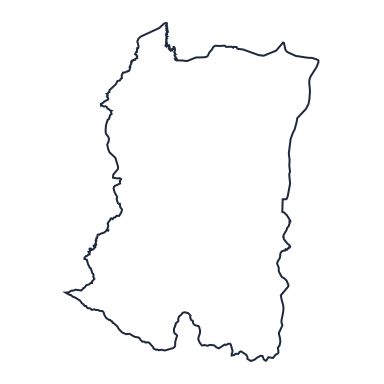 the district of Khon Buri, Nakhon Ratchasima, Thailand
{"feature_id": "78962969B59767339718712", "entity_name": "Khon Buri", "entity_type": "district", "adm_level": 2, "iso_a3": "THA", "parent_name": "Thailand", "parent_adm1": "Nakhon Ratchasima", "projection": "natural_earth1", "projection_center": [102.149, 14.385], "detail": "fine", "context": "isolated", "style": "outline", "palette": "slate", "viewbox_px": 384, "rotation_deg": 0, "n_neighbors": 0, "source": "geoboundaries", "source_scale": "gbopen_adm2", "svg_char_len": 5876}
<svg xmlns="http://www.w3.org/2000/svg" viewBox="0 0 384 384"><path d="M159.3,28.0L140.5,36.7L138.4,38.8L137.3,41.5L138.5,45.7L138.4,47.6L138.1,48.3L137.2,48.2L136.8,52.0L136.2,52.0L135.1,54.2L136.4,54.9L136.8,56.2L137.2,56.3L137.1,58.2L135.4,58.7L135.0,59.9L133.4,59.9L132.9,60.7L132.1,60.7L131.9,61.5L131.3,61.5L131.1,62.3L131.5,62.9L130.0,66.3L130.3,66.9L129.7,67.3L130.0,67.7L129.7,69.7L128.7,71.1L127.6,71.2L127.3,71.6L126.7,71.5L124.8,72.5L123.0,72.5L121.7,75.3L121.9,78.2L120.8,78.7L119.9,80.5L117.5,81.0L115.8,84.3L109.5,90.1L109.4,92.0L108.6,92.2L107.8,93.5L106.7,93.9L107.7,95.1L107.7,95.6L107.0,96.2L107.5,96.7L107.4,97.5L108.2,98.2L108.2,99.5L104.0,101.7L103.4,102.6L100.8,104.0L101.1,105.7L101.7,105.3L103.7,106.5L105.6,106.3L106.7,107.0L107.5,108.6L108.3,108.7L109.9,110.3L111.5,110.8L111.0,111.1L111.0,112.2L111.6,114.0L110.3,114.9L108.9,119.2L107.7,119.7L106.0,125.2L105.6,130.1L105.7,132.5L106.2,134.1L108.1,136.5L108.9,138.3L108.7,141.2L107.2,144.6L108.3,149.5L109.5,152.3L115.4,157.9L118.1,166.9L118.0,168.6L117.5,169.6L113.3,174.6L113.0,177.7L117.0,178.4L119.7,178.2L121.1,179.1L119.8,181.0L120.1,183.5L114.7,186.0L113.9,187.0L113.6,188.5L114.6,192.3L116.9,196.4L117.2,197.7L116.6,198.8L117.8,202.9L118.6,203.8L119.8,203.7L120.3,207.3L121.9,209.2L122.0,209.8L121.4,212.0L119.2,215.9L116.5,215.8L115.5,217.2L114.0,217.5L112.7,219.1L111.5,218.3L110.5,218.7L110.2,220.1L108.6,221.7L107.6,223.7L108.1,224.7L108.2,226.5L107.3,229.0L108.4,230.1L108.2,230.6L106.4,230.3L105.8,231.3L103.9,232.7L100.6,233.7L99.4,234.6L98.1,234.5L97.6,234.9L97.2,237.6L96.5,237.7L96.6,238.7L95.9,239.5L96.3,240.4L95.7,240.9L96.1,241.7L95.4,243.8L96.1,244.2L96.2,244.8L95.4,245.4L94.3,245.3L93.6,245.9L94.0,246.4L95.2,246.4L95.3,247.3L94.2,247.9L93.9,248.7L93.0,249.5L91.8,249.4L90.6,248.5L89.6,248.7L89.7,249.4L91.0,249.7L91.1,250.1L89.9,250.4L90.0,251.7L88.6,251.8L89.6,253.6L89.5,254.5L88.2,254.6L87.4,255.7L85.7,256.3L84.4,258.0L84.4,258.9L86.8,259.7L88.1,264.3L89.9,267.9L90.8,268.4L92.4,273.3L93.2,273.9L93.6,275.2L93.3,276.8L94.4,278.9L91.9,281.6L92.0,283.0L90.8,282.9L89.0,284.4L86.3,285.2L84.5,287.7L83.4,288.0L82.7,289.2L81.1,290.5L75.4,289.7L73.8,290.5L71.3,290.7L68.7,292.4L65.6,292.6L69.5,294.8L71.0,295.0L72.6,296.6L75.5,297.7L80.2,300.8L82.0,303.4L83.4,304.2L84.5,305.9L86.1,306.0L86.7,307.2L87.8,308.2L90.0,308.3L92.0,309.9L94.3,309.3L95.8,310.0L97.8,310.0L99.7,310.8L102.6,311.2L103.6,312.3L104.4,315.0L106.2,318.0L109.0,319.9L110.1,319.9L111.0,321.0L112.3,321.5L112.6,322.8L113.6,323.1L117.1,326.1L118.8,329.0L122.0,332.4L126.1,334.2L129.5,333.8L134.6,336.8L138.6,337.5L139.8,338.5L140.5,339.9L142.5,341.7L144.3,341.7L145.6,342.6L147.4,342.2L149.1,342.7L153.2,347.2L153.6,348.6L155.7,349.7L157.3,349.5L158.6,350.2L161.6,349.7L163.7,350.3L165.6,350.3L173.3,348.0L174.6,346.9L175.1,345.9L175.3,341.5L177.1,335.6L176.7,334.9L174.6,333.4L173.9,331.2L174.1,328.2L175.2,326.3L175.1,325.4L175.8,324.4L175.7,323.4L178.3,321.2L178.2,319.1L178.9,316.6L180.8,315.1L182.8,312.7L185.1,312.3L188.1,313.1L190.5,315.6L190.2,317.3L191.0,319.8L192.8,320.9L193.0,322.9L194.0,324.5L195.5,325.4L198.3,326.0L199.1,326.8L200.1,330.8L199.9,333.4L198.5,337.3L198.3,339.3L199.7,342.7L201.9,345.4L203.0,345.5L204.3,345.0L207.6,345.8L209.8,344.9L214.1,345.3L216.5,347.4L218.9,348.3L224.6,344.6L226.2,344.9L228.4,343.8L229.9,343.7L230.7,344.4L232.5,350.6L232.3,352.7L231.7,353.7L231.7,355.5L234.2,355.0L235.6,353.8L238.3,353.9L239.7,351.9L241.0,351.4L246.3,354.8L247.4,356.9L247.4,358.9L250.9,361.0L254.7,359.6L256.7,357.9L260.5,355.8L262.5,356.0L263.8,359.4L265.6,360.7L266.4,360.4L268.4,357.2L273.0,358.0L275.7,354.6L277.8,353.6L278.5,352.4L277.9,347.7L279.5,345.6L280.3,342.1L280.1,338.6L279.0,334.3L279.0,332.7L282.4,325.4L281.5,322.5L281.5,320.3L283.1,312.4L283.5,308.2L283.1,304.9L281.7,300.0L280.8,295.4L288.1,286.7L288.5,285.2L286.5,280.5L284.3,278.4L281.8,277.0L279.3,272.4L278.8,271.1L278.7,267.5L277.1,263.6L277.6,261.7L279.9,257.9L280.4,253.4L281.6,251.5L283.9,250.5L285.2,250.5L285.5,249.6L286.0,249.7L286.1,249.2L287.3,249.6L288.3,248.0L288.8,248.0L289.0,247.4L289.5,247.6L290.2,246.7L289.5,245.2L287.5,243.7L284.3,239.7L283.7,238.7L283.7,237.2L283.3,237.0L283.7,234.8L286.6,229.9L287.1,228.0L288.8,226.0L289.1,224.3L289.6,223.7L289.5,221.6L290.2,221.7L290.5,221.2L287.1,215.5L284.3,212.6L282.3,211.9L282.7,199.3L286.3,199.2L286.9,198.4L287.8,195.9L290.1,183.5L289.2,174.5L290.0,171.5L289.3,165.8L289.6,159.7L288.8,153.6L290.6,139.1L292.8,133.0L294.6,129.5L296.5,122.6L297.3,118.1L306.0,108.9L308.5,103.9L309.4,99.3L310.0,90.8L309.2,82.6L309.5,79.4L310.5,76.6L316.6,67.0L318.4,62.4L318.4,60.4L316.5,59.3L311.9,57.9L308.0,57.8L295.7,55.9L288.0,52.4L286.6,51.4L285.4,49.6L283.9,42.9L283.1,42.5L276.2,50.6L263.7,55.7L259.0,55.2L243.1,49.5L237.5,48.8L236.5,47.0L233.4,46.9L233.2,47.6L231.3,46.7L226.1,46.9L224.8,45.7L219.0,46.0L216.0,45.7L214.8,45.9L213.3,47.0L211.8,49.8L209.4,52.3L207.9,55.7L206.6,56.8L204.0,57.3L195.9,57.5L186.9,61.1L182.5,60.5L176.4,60.4L175.6,59.9L175.9,59.5L176.6,59.8L176.7,58.7L176.0,58.3L175.2,59.2L174.9,58.8L176.0,57.7L174.5,55.5L174.6,54.9L175.6,54.4L174.9,53.8L175.0,53.1L174.2,52.0L175.0,50.4L174.8,48.6L173.8,48.9L174.5,47.7L174.1,47.0L173.7,47.0L173.8,47.8L173.3,48.4L172.3,48.8L172.0,50.6L170.8,50.7L170.6,50.1L170.1,50.2L169.0,48.9L169.7,48.3L169.0,47.9L169.5,47.0L169.3,45.6L168.5,46.2L167.7,46.2L167.7,45.2L167.0,45.2L166.3,46.5L165.5,45.7L165.9,44.6L166.3,44.9L166.3,44.1L167.1,43.3L166.9,42.9L166.1,42.9L166.1,41.5L166.6,40.9L166.1,39.8L166.3,39.0L166.8,38.7L166.3,38.3L166.4,37.6L167.2,36.7L166.5,36.6L166.0,34.8L167.0,34.5L167.0,34.0L166.3,34.0L166.3,33.4L167.2,33.1L167.1,32.6L167.9,31.9L167.6,31.5L167.0,31.7L166.8,30.8L167.6,30.1L167.2,29.0L166.7,29.2L167.1,28.0L166.5,27.9L167.1,27.1L166.6,26.6L166.8,25.9L166.0,25.7L166.8,24.5L166.9,23.4L165.9,23.4L165.8,23.0L163.9,23.7L159.3,28.0Z" fill="none" stroke="#1e293b" stroke-width="2"/></svg>